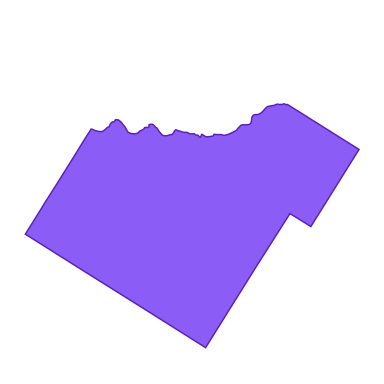 Pine, Minnesota, United States of America, rotated 212°
{"feature_id": "52423323B91904630437676", "entity_name": "Pine", "entity_type": "district", "adm_level": 2, "iso_a3": "USA", "parent_name": "United States of America", "parent_adm1": "Minnesota", "projection": "equal_earth", "projection_center": [-92.564, 46.075], "detail": "fine", "context": "isolated", "style": "filled", "palette": "violet", "viewbox_px": 384, "rotation_deg": 212, "n_neighbors": 0, "source": "geoboundaries", "source_scale": "gbopen_adm2", "svg_char_len": 2044}
<svg xmlns="http://www.w3.org/2000/svg" viewBox="0 0 384 384"><g transform="rotate(212 192 192)"><path d="M98.0,67.2L98.0,161.6L97.5,225.6L72.9,225.7L72.9,316.6L157.4,316.8L158.8,315.8L160.3,315.7L160.8,315.5L161.6,314.4L164.3,312.4L165.3,312.2L166.2,311.7L167.4,310.5L167.8,309.6L168.2,308.9L169.3,308.2L173.3,304.4L174.2,301.2L174.7,297.7L175.6,295.0L176.8,293.1L177.8,292.1L179.7,290.9L180.5,289.9L180.8,289.0L180.8,287.3L180.2,285.8L179.7,284.9L178.8,282.4L178.6,281.5L178.8,280.4L179.7,279.1L180.4,278.6L183.2,276.6L184.3,276.3L185.8,274.6L186.0,274.1L186.9,269.9L186.8,268.4L187.5,266.7L191.1,261.0L193.6,258.1L194.9,256.9L196.2,256.5L197.4,256.4L201.6,253.7L203.6,252.8L203.9,252.4L203.6,251.1L203.8,250.7L205.4,249.2L208.4,246.8L209.4,246.2L214.2,246.2L214.3,245.7L213.9,243.3L213.9,242.9L214.2,242.7L214.9,242.5L216.9,243.3L217.4,243.2L218.8,242.3L221.1,242.6L222.1,241.8L222.8,241.3L224.4,240.3L227.9,239.9L230.6,238.3L232.2,237.6L233.6,237.6L236.0,236.6L238.6,236.3L238.8,236.1L239.2,234.4L239.0,233.0L239.2,230.4L239.6,230.0L240.4,229.6L242.6,226.9L244.6,225.4L245.6,224.9L247.0,224.5L247.7,224.6L252.5,226.1L255.7,227.7L257.5,227.6L258.9,228.2L260.8,228.6L261.8,228.3L263.1,227.4L264.0,226.3L264.1,226.0L263.4,225.5L263.2,225.2L263.1,224.2L263.7,223.2L265.4,222.4L266.3,221.4L266.2,220.2L266.4,219.6L266.7,218.7L267.3,218.0L268.8,215.5L268.8,214.5L269.4,213.0L271.2,211.1L273.2,210.0L275.4,209.1L278.2,208.9L278.9,209.2L283.3,211.7L286.3,212.6L288.9,213.7L291.8,214.1L293.0,214.0L294.7,213.1L295.2,212.7L295.1,211.9L295.2,210.9L295.4,210.3L296.2,209.6L296.8,208.9L297.0,208.5L297.3,206.3L297.0,204.0L297.0,203.2L297.7,202.4L298.4,200.7L298.5,199.9L299.3,197.3L300.0,196.1L300.9,195.2L301.4,194.8L303.8,193.7L307.3,192.6L309.6,192.4L310.9,191.9L310.9,190.4L311.0,177.6L310.9,161.8L310.9,158.4L310.9,153.6L310.9,137.5L310.9,130.5L311.0,112.0L311.0,111.0L311.1,108.7L311.1,107.7L311.1,105.3L311.1,105.0L311.1,103.3L311.0,102.3L311.0,67.9L238.3,67.6L168.4,67.5L98.0,67.2Z" fill="#8b5cf6" stroke="#5b21b6" stroke-width="1.5"/></g></svg>